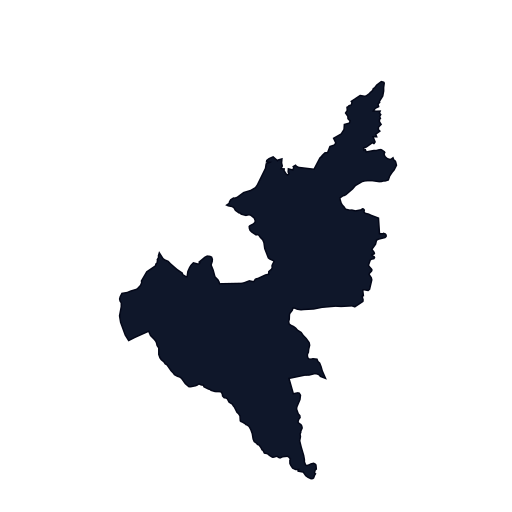 Zongozotla, Puebla, Mexico (Natural Earth projection), rotated 105°
{"feature_id": "50627088B26732857587675", "entity_name": "Zongozotla", "entity_type": "district", "adm_level": 2, "iso_a3": "MEX", "parent_name": "Mexico", "parent_adm1": "Puebla", "projection": "natural_earth1", "projection_center": [-97.765, 19.971], "detail": "fine", "context": "isolated", "style": "filled", "palette": "ink", "viewbox_px": 512, "rotation_deg": 105, "n_neighbors": 0, "source": "geoboundaries", "source_scale": "gbopen_adm2", "svg_char_len": 6126}
<svg xmlns="http://www.w3.org/2000/svg" viewBox="0 0 512 512"><g transform="rotate(105 256 256)"><path d="M55.1,180.1L59.6,183.6L63.0,185.0L63.9,186.0L65.4,186.1L67.0,186.8L68.4,187.9L69.8,188.5L72.8,190.9L73.6,192.3L74.0,196.9L82.0,204.0L82.9,203.0L85.2,203.0L85.5,203.1L86.8,205.1L87.9,205.6L88.8,206.6L91.8,205.5L94.7,206.5L97.3,203.4L99.5,202.7L100.2,201.8L100.9,200.1L103.1,200.1L103.7,200.6L106.1,204.7L111.0,203.7L116.1,205.3L122.2,211.5L126.2,208.1L128.6,209.1L131.1,212.9L137.6,213.6L138.5,216.1L142.0,218.2L143.2,218.2L143.1,218.6L144.7,219.6L157.2,222.4L159.4,237.8L158.9,240.2L158.1,241.3L160.0,243.2L160.8,242.4L163.4,242.7L163.4,247.3L166.5,246.7L167.9,245.4L169.6,246.4L168.9,248.2L165.8,251.5L165.6,251.2L164.6,251.3L165.2,254.5L162.3,253.9L159.5,255.4L155.5,256.1L157.6,259.6L158.4,259.9L155.8,265.1L158.6,268.6L160.9,270.3L162.4,270.2L161.9,267.0L164.4,270.0L168.9,269.5L187.2,273.1L190.1,274.2L194.0,278.0L197.9,284.3L204.4,289.5L204.8,290.4L205.5,290.9L205.8,292.7L206.7,293.6L208.3,295.0L210.5,295.6L212.1,295.5L214.4,297.5L214.7,295.8L214.4,292.0L214.7,290.8L215.2,289.6L217.2,287.7L218.8,283.5L218.6,282.7L218.8,282.0L219.4,281.2L219.4,276.3L218.0,273.6L217.9,272.2L218.1,271.3L219.8,267.5L222.2,265.8L223.9,265.7L225.8,266.9L228.3,269.7L229.2,270.2L230.9,269.6L232.7,268.4L233.9,266.4L235.6,261.4L235.0,260.4L235.0,258.8L236.9,256.6L238.6,253.7L241.0,251.8L246.5,249.5L254.6,243.6L255.3,242.0L256.0,238.0L256.5,237.1L260.0,237.9L261.5,238.0L262.4,237.5L263.7,237.3L264.9,237.7L267.7,239.6L270.5,239.0L270.8,240.0L271.9,242.0L277.2,248.3L278.0,249.9L278.8,250.7L281.2,251.4L281.5,252.1L281.7,256.0L284.9,260.4L286.1,262.6L292.3,284.0L290.6,285.0L288.9,286.6L286.7,290.3L280.8,293.7L276.3,297.1L272.7,296.9L270.5,297.3L268.6,298.6L268.3,300.4L268.7,303.1L270.5,305.1L276.5,309.3L276.7,308.6L277.7,308.6L278.8,309.6L278.8,314.7L281.7,316.3L284.2,317.1L288.5,317.8L293.7,317.2L294.2,318.0L293.0,322.0L291.6,322.8L289.5,328.8L285.6,336.8L283.9,339.5L283.4,343.2L282.6,345.2L278.0,350.2L281.1,350.3L282.5,349.7L285.1,350.4L285.6,350.0L286.6,350.0L287.5,349.7L288.9,350.0L289.6,350.6L291.5,350.5L299.5,357.4L309.8,360.2L310.9,359.6L312.1,359.6L314.3,359.9L318.2,362.0L319.2,362.9L322.2,367.8L324.6,370.9L326.8,375.8L330.5,376.6L332.8,376.6L334.7,375.6L336.1,374.0L339.9,373.0L349.1,372.3L355.1,369.6L366.2,361.8L370.6,357.1L366.0,352.0L356.4,340.2L360.1,337.3L362.8,332.7L364.2,330.8L365.5,329.7L368.1,328.3L370.0,326.1L376.3,324.4L379.2,322.4L380.7,320.6L382.1,317.5L383.8,315.6L383.8,314.7L384.4,313.5L388.8,308.3L390.5,305.5L391.7,304.1L392.5,300.8L392.6,298.4L393.4,296.3L397.6,291.2L399.6,287.0L399.2,285.3L396.9,280.7L395.7,279.2L394.3,278.1L394.7,275.5L394.4,273.3L395.8,272.4L396.8,267.5L396.8,265.9L397.4,264.6L397.5,260.4L396.3,255.5L396.6,254.0L398.6,252.5L399.8,252.1L400.6,250.9L401.1,250.1L400.9,248.3L401.3,246.8L404.1,244.2L405.3,240.3L406.4,239.4L407.5,237.8L411.9,233.9L412.8,232.1L414.6,230.1L419.3,228.5L419.8,227.6L419.9,226.2L420.9,222.9L421.5,222.0L421.5,220.8L422.4,218.6L425.0,216.1L428.6,213.6L433.5,211.4L435.7,209.7L436.7,206.9L437.6,205.9L437.8,204.1L439.7,201.7L441.7,199.9L441.9,198.9L444.2,196.9L444.0,194.4L444.1,193.4L445.1,191.4L446.1,188.1L445.7,186.8L444.3,184.6L444.1,183.6L444.7,182.0L444.8,180.5L443.0,178.3L441.3,173.8L441.7,172.3L443.1,170.3L444.6,170.4L447.7,169.5L449.3,168.1L451.4,165.7L452.0,162.4L451.2,159.7L452.0,160.0L452.9,159.6L452.5,154.4L455.3,151.1L456.3,148.5L456.9,145.1L456.3,143.6L455.4,142.9L452.7,142.7L451.0,142.2L450.7,143.0L450.1,143.4L447.5,143.5L446.2,142.6L442.4,144.0L441.8,144.7L441.3,146.7L442.6,149.1L443.9,150.5L445.4,152.8L444.9,154.1L442.3,156.0L440.3,156.5L436.4,158.3L428.7,163.0L423.2,166.0L419.0,166.3L416.5,167.4L414.9,167.1L413.5,167.4L410.2,166.9L408.4,167.8L407.3,168.9L406.1,172.1L404.5,172.6L402.5,172.4L400.7,171.6L398.8,172.4L397.6,174.3L393.4,177.2L391.2,177.5L383.3,176.4L379.0,177.0L377.3,178.8L377.4,180.3L379.4,184.3L365.7,192.5L358.4,178.0L357.3,174.0L354.5,169.0L354.1,167.0L354.2,165.1L354.7,163.7L355.6,162.7L356.2,157.2L349.8,162.3L346.1,164.5L343.0,166.8L341.9,168.9L339.9,170.4L340.5,174.4L341.4,176.1L341.8,177.7L341.6,178.8L340.7,179.7L339.5,180.4L337.8,180.9L335.3,180.5L332.4,181.0L328.3,181.1L325.9,182.3L322.7,186.2L320.5,189.9L318.2,192.6L316.9,196.8L315.4,199.0L314.4,201.5L313.9,204.4L313.1,206.4L310.9,207.5L308.5,207.5L304.1,208.5L302.8,208.5L298.9,206.9L296.8,206.9L296.3,205.2L296.7,202.5L296.3,198.6L295.4,196.3L292.2,186.5L288.5,179.1L283.8,166.1L282.7,160.8L279.3,150.4L279.5,147.4L272.2,141.0L270.7,141.2L267.4,143.1L266.6,142.0L262.1,143.8L261.0,143.8L260.6,143.0L260.3,138.8L258.7,137.7L249.1,138.0L247.2,139.0L244.5,142.1L243.3,141.9L240.7,140.5L239.5,140.4L238.8,141.0L236.7,144.2L235.7,145.0L230.2,144.6L229.1,143.5L228.1,141.5L226.9,141.1L226.2,141.6L225.3,144.3L224.5,144.3L223.6,142.6L222.9,142.3L221.8,143.0L219.7,145.7L219.2,145.7L213.7,143.6L209.6,143.7L208.0,142.0L204.8,136.2L203.5,135.4L202.2,135.7L201.3,136.7L201.1,138.7L201.6,139.0L202.5,142.5L187.7,147.5L186.9,155.5L186.4,158.1L186.5,161.6L185.6,163.1L183.6,163.3L182.8,164.4L182.9,165.5L184.1,166.2L186.7,171.6L186.8,175.3L187.5,177.3L187.6,181.7L185.9,183.5L184.4,185.9L182.8,187.5L179.0,189.8L178.1,189.9L175.4,187.7L174.7,186.4L173.5,185.1L166.2,180.1L162.2,178.2L156.7,172.8L155.3,170.4L154.4,167.9L153.1,163.0L152.3,156.3L151.7,154.3L150.6,152.4L150.0,150.5L148.3,147.9L144.1,147.6L139.7,146.1L137.2,144.9L132.0,143.8L128.9,145.5L128.0,146.5L127.5,147.9L125.7,149.1L127.5,150.5L128.0,151.5L128.1,152.8L127.8,154.9L126.6,157.1L125.5,158.0L124.2,158.8L122.7,158.4L122.1,159.0L121.0,162.1L120.9,163.0L121.6,164.7L123.0,167.1L123.6,169.5L127.0,176.5L125.0,177.9L125.9,179.1L123.6,180.0L122.2,177.7L116.2,172.7L116.9,171.6L116.8,171.1L115.0,170.5L110.5,173.9L109.6,170.3L107.4,171.9L103.3,168.7L102.2,170.6L99.6,171.0L96.5,169.2L94.4,171.5L92.1,172.1L91.0,171.4L89.3,172.7L87.1,172.1L86.0,173.8L83.9,173.6L85.0,177.0L85.5,180.3L82.4,179.0L80.0,176.2L77.5,177.5L75.7,176.3L75.0,176.8L74.3,176.7L68.7,175.0L63.6,175.4L60.3,176.3L55.8,176.9L55.1,177.6L55.1,180.1Z" fill="#0f172a" stroke="#020617" stroke-width="1.5"/></g></svg>